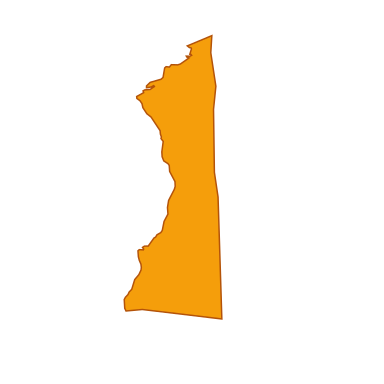 outline of Tadjourah, Tadjourah, Djibouti, rotated 129°
{"feature_id": "41766387B13463549189785", "entity_name": "Tadjourah", "entity_type": "district", "adm_level": 2, "iso_a3": "DJI", "parent_name": "Djibouti", "parent_adm1": "Tadjourah", "projection": "albers", "projection_center": [42.755, 11.778], "detail": "fine", "context": "isolated", "style": "filled", "palette": "amber", "viewbox_px": 384, "rotation_deg": 129, "n_neighbors": 0, "source": "geoboundaries", "source_scale": "gbopen_adm2", "svg_char_len": 1294}
<svg xmlns="http://www.w3.org/2000/svg" viewBox="0 0 384 384"><g transform="rotate(129 192 192)"><path d="M271.9,88.9L179.5,168.6L162.6,187.0L114.2,227.3L94.8,240.0L72.0,265.0L58.0,275.0L81.4,287.6L81.4,284.9L80.6,283.4L81.1,282.5L86.3,280.4L85.7,279.5L86.0,278.3L87.8,279.1L90.0,281.9L90.4,281.0L89.7,278.7L99.9,281.6L102.3,283.2L102.7,283.8L106.1,288.2L109.1,288.2L110.9,291.0L112.8,291.3L121.2,286.6L123.8,287.0L133.1,293.5L138.2,294.1L139.6,293.0L136.2,289.9L133.4,288.7L133.7,287.6L137.3,288.7L138.6,289.0L142.3,292.9L144.2,293.7L145.2,292.1L152.6,295.1L154.0,293.7L153.8,289.9L154.8,286.5L157.4,283.2L159.6,276.3L159.5,271.0L163.2,259.3L164.4,255.4L166.9,253.0L168.5,250.4L170.0,249.7L170.8,246.2L179.8,240.7L183.4,237.4L185.6,233.5L185.1,228.4L185.7,226.4L190.1,222.3L194.6,211.8L198.2,208.6L201.1,207.4L213.2,204.9L219.5,201.3L224.3,196.8L227.3,196.2L232.4,195.2L240.6,190.9L243.2,190.7L247.3,192.3L250.0,191.9L251.6,192.6L261.6,192.0L264.0,194.9L266.2,195.6L266.8,193.6L267.6,193.4L270.0,196.7L271.7,197.0L276.1,192.9L278.3,189.9L280.2,186.3L282.5,183.9L284.7,182.5L285.2,182.4L289.6,181.3L295.4,181.4L296.1,181.4L305.5,177.6L309.3,177.9L311.9,177.2L315.7,177.5L318.2,177.0L324.7,171.1L326.0,168.4L314.6,156.7L271.9,88.9Z" fill="#f59e0b" stroke="#b45309" stroke-width="1.5"/></g></svg>